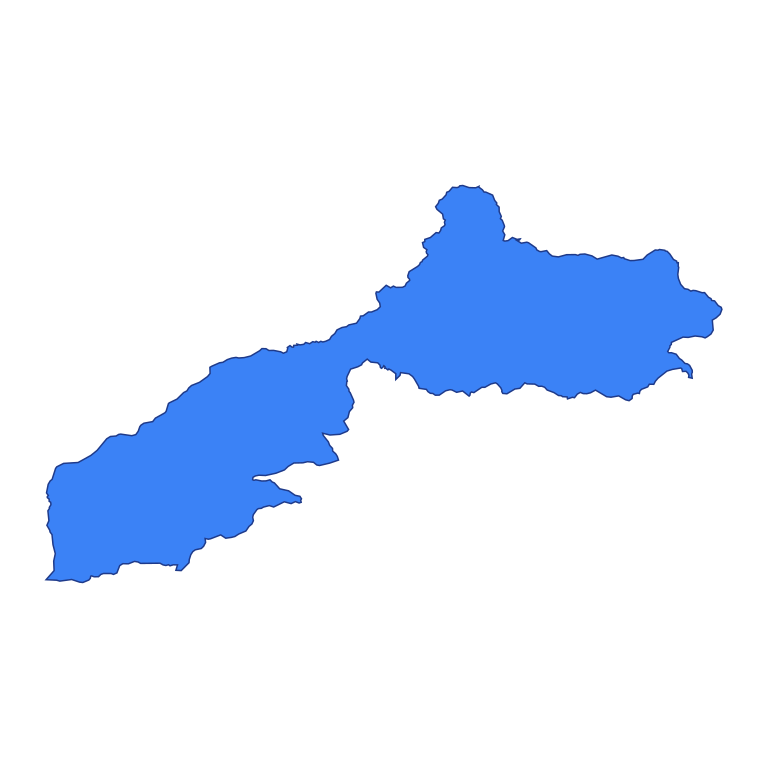 outline of Cerbal, Hunedoara, Romania
{"feature_id": "2599482B29050657769983", "entity_name": "Cerbal", "entity_type": "district", "adm_level": 2, "iso_a3": "ROU", "parent_name": "Romania", "parent_adm1": "Hunedoara", "projection": "natural_earth1", "projection_center": [22.62, 45.762], "detail": "fine", "context": "isolated", "style": "filled", "palette": "blue", "viewbox_px": 768, "rotation_deg": 0, "n_neighbors": 0, "source": "geoboundaries", "source_scale": "gbopen_adm2", "svg_char_len": 6089}
<svg xmlns="http://www.w3.org/2000/svg" viewBox="0 0 768 768"><path d="M59.8,581.1L71.7,579.5L79.5,582.1L82.8,582.5L88.9,580.0L90.3,578.3L90.7,576.2L91.5,575.9L94.2,576.8L98.5,576.7L100.9,574.4L103.5,573.5L111.1,573.5L113.5,574.4L116.9,572.9L119.7,565.6L122.8,563.7L128.4,563.8L134.5,561.4L138.1,562.0L140.6,563.4L160.0,563.2L163.1,564.9L165.9,565.5L168.5,564.7L170.0,565.8L173.3,564.8L177.5,564.9L175.9,570.3L181.2,570.6L189.0,562.7L189.3,559.5L190.8,554.7L192.8,551.6L195.3,549.8L201.3,548.5L203.6,546.3L205.6,542.4L205.1,538.5L208.3,539.2L210.5,538.8L220.7,534.9L225.7,538.2L231.4,537.4L234.9,536.5L238.8,534.0L245.9,531.0L249.0,526.4L251.9,524.0L253.4,520.7L252.7,517.3L253.3,514.7L256.9,509.6L258.4,508.6L261.4,508.3L263.4,507.1L269.3,505.6L273.7,507.0L284.3,501.8L291.1,503.6L295.4,501.6L299.1,503.0L301.2,502.3L300.7,500.3L301.5,498.8L299.9,496.3L295.1,495.3L288.6,490.8L279.7,488.8L274.4,482.9L272.2,482.0L270.0,479.8L266.0,480.9L261.8,481.0L255.8,479.8L253.9,480.3L252.6,479.7L253.0,477.3L255.5,475.9L259.0,475.2L265.5,475.5L276.0,473.2L284.5,469.9L288.2,466.4L293.9,463.0L303.0,462.8L307.5,461.7L313.5,462.3L316.8,465.0L319.5,465.5L329.7,463.1L338.5,460.1L337.3,456.4L335.7,453.8L332.7,451.1L332.5,448.4L329.7,445.4L328.3,441.8L323.3,435.5L322.6,433.2L329.9,435.0L339.9,434.3L347.1,431.3L348.6,429.5L343.7,421.1L347.9,417.6L349.4,411.6L352.7,407.7L352.4,405.2L354.0,402.3L353.5,400.1L350.2,392.7L349.1,391.4L348.8,389.1L346.4,385.6L346.8,381.5L347.3,381.2L346.6,378.8L347.1,376.5L350.6,369.1L357.8,366.8L361.6,364.8L362.4,363.0L367.2,359.1L370.9,362.1L377.7,362.8L380.0,365.2L380.4,367.4L381.4,368.3L382.9,367.3L383.8,365.7L385.0,366.8L384.8,368.3L385.7,368.2L387.9,369.9L388.8,369.0L391.0,370.1L395.8,373.7L395.8,379.5L400.0,375.4L400.6,372.6L409.0,373.8L412.6,376.5L414.3,378.8L418.5,386.1L419.1,388.3L426.4,389.4L427.9,391.6L430.3,393.3L432.9,393.5L435.3,395.2L439.3,395.1L445.6,390.8L450.0,389.7L452.0,390.0L456.6,392.3L462.6,391.0L469.1,396.1L469.9,395.3L470.3,393.0L471.4,392.0L473.9,392.6L481.8,387.3L484.9,387.3L490.8,384.0L495.5,382.8L497.3,383.9L500.7,387.7L501.9,390.3L501.8,391.7L502.8,393.4L506.9,393.8L514.9,389.0L519.9,388.3L524.8,382.8L527.1,383.9L534.8,384.1L538.7,386.3L541.8,386.2L544.7,387.3L547.1,390.0L554.0,392.6L558.5,395.5L561.3,395.7L562.6,396.7L567.1,396.9L567.5,398.9L572.4,397.3L574.5,397.7L577.3,394.1L580.3,392.4L583.2,393.6L586.8,393.7L590.5,392.8L595.5,390.1L606.6,396.7L611.0,397.2L618.7,395.9L625.6,399.8L629.1,400.7L632.1,398.5L632.3,395.8L633.3,394.3L637.8,393.1L639.4,393.5L639.8,391.2L641.5,389.3L647.7,386.9L649.3,384.2L653.8,384.3L655.4,381.2L658.1,378.1L666.9,371.1L672.4,369.4L680.7,368.0L681.7,368.6L682.5,371.5L686.0,371.3L687.8,373.0L688.9,375.1L688.6,377.4L692.2,378.2L691.6,373.9L692.3,372.3L692.2,370.2L689.6,365.4L687.5,363.9L684.9,363.4L681.7,360.0L679.4,358.5L676.2,354.2L671.4,352.7L668.9,352.8L667.7,351.5L669.9,347.3L670.0,345.7L671.3,344.5L671.4,342.4L683.0,337.1L688.2,337.4L695.1,336.0L702.0,336.8L705.1,337.9L707.3,336.7L711.0,334.0L713.2,330.1L712.3,320.1L716.2,317.8L720.1,314.2L721.9,309.4L721.2,307.3L718.2,305.6L714.6,300.9L711.6,300.4L711.0,298.6L708.5,297.3L704.6,292.6L702.1,292.7L695.8,290.7L693.1,290.4L690.8,291.1L688.0,289.3L684.5,288.7L680.7,284.4L678.4,278.5L677.8,274.4L678.7,267.3L678.2,266.3L678.3,262.7L677.1,262.8L676.6,261.1L673.5,259.5L669.8,254.0L667.1,251.3L665.3,251.0L664.9,250.3L659.4,249.5L658.1,250.2L655.2,250.0L647.2,255.0L643.0,259.3L634.1,260.5L630.2,260.6L624.3,258.7L623.7,257.5L621.4,257.9L618.0,256.2L611.8,255.0L597.2,259.1L592.0,255.9L584.9,254.0L580.0,254.3L578.0,255.4L575.4,254.6L566.6,254.7L558.4,256.9L552.3,256.1L549.3,253.8L546.7,250.6L540.9,251.7L539.4,251.4L536.8,249.9L535.9,247.9L528.6,242.8L526.8,242.2L521.3,243.2L516.7,240.3L519.5,240.0L520.2,238.9L517.1,239.4L512.4,237.5L508.1,240.6L504.9,241.1L503.2,240.5L504.8,234.8L502.7,231.0L504.5,226.7L504.3,225.5L502.2,220.2L500.4,218.7L501.3,216.4L499.2,211.7L499.1,207.1L496.4,204.5L496.8,203.0L494.7,200.4L492.6,195.1L485.8,192.1L484.1,192.1L482.4,189.8L478.7,187.0L478.9,186.4L475.7,187.8L469.1,187.6L462.8,185.5L459.8,185.8L458.7,187.1L457.0,187.6L452.5,187.3L449.1,191.3L446.7,192.3L446.1,194.8L442.2,199.1L439.3,200.3L438.3,203.3L435.6,206.7L437.0,209.4L442.6,214.1L443.4,218.8L445.3,220.1L444.4,222.2L445.0,224.5L444.5,225.7L441.3,227.9L440.6,230.5L438.9,233.0L436.1,232.6L430.4,237.5L424.8,239.4L424.8,241.6L422.5,242.6L423.6,247.4L426.9,249.7L426.2,251.7L426.6,253.2L427.9,254.6L427.5,256.1L422.6,260.1L422.1,261.6L420.4,262.5L419.5,264.7L417.5,266.5L409.2,271.6L407.8,275.7L408.0,277.5L409.5,279.1L409.7,280.4L406.4,283.2L405.1,286.0L402.5,287.3L396.1,287.4L393.4,286.1L390.6,287.8L386.2,285.3L378.9,292.1L376.4,291.9L375.9,293.3L377.1,299.2L379.7,303.0L380.3,306.7L377.2,309.7L371.5,312.0L368.5,312.0L363.2,315.8L360.5,316.1L359.8,318.6L356.5,323.2L348.9,324.9L346.5,326.7L342.0,327.5L337.0,329.9L334.8,333.6L331.5,336.3L329.6,339.5L325.6,341.3L322.8,342.0L320.8,341.3L318.7,342.5L316.1,341.3L315.2,342.2L312.7,341.7L309.7,343.7L305.6,342.5L303.8,344.3L300.0,344.9L297.0,344.1L297.4,345.2L293.7,345.4L293.6,347.0L293.2,347.2L292.0,347.1L290.0,345.6L287.3,347.5L287.7,348.5L286.7,351.8L283.4,353.2L280.7,351.8L273.6,350.4L268.9,350.5L266.0,348.7L261.9,348.6L259.7,350.7L250.7,356.0L244.2,357.6L238.8,358.0L236.0,357.4L231.7,358.1L227.3,359.6L222.9,362.3L219.5,362.8L212.0,366.1L209.9,367.3L210.1,373.5L207.5,376.6L199.5,382.3L191.5,385.5L188.8,387.9L186.9,390.9L183.6,392.6L177.0,399.1L169.2,402.9L168.4,403.7L166.1,411.4L164.9,412.8L155.4,418.1L152.7,421.6L143.9,423.2L140.9,425.2L139.8,426.7L138.2,431.3L135.8,434.6L131.8,435.7L120.7,434.1L118.7,434.4L116.1,436.0L110.4,436.5L106.7,438.8L97.1,450.4L90.9,455.4L78.1,462.5L63.6,463.4L56.8,466.8L55.6,468.4L52.1,479.4L50.2,480.9L48.2,484.3L46.5,492.9L48.3,495.5L47.3,496.6L47.3,497.6L49.1,499.1L49.2,501.4L50.6,502.2L50.9,503.7L50.9,504.8L49.3,507.4L49.5,508.3L47.9,510.8L48.9,520.7L46.9,525.3L49.8,530.4L50.0,531.9L52.0,534.6L53.0,544.7L55.3,553.7L53.7,561.1L54.1,570.6L46.1,579.7L56.6,580.2L59.8,581.1Z" fill="#3b82f6" stroke="#1e3a8a" stroke-width="1.5"/></svg>